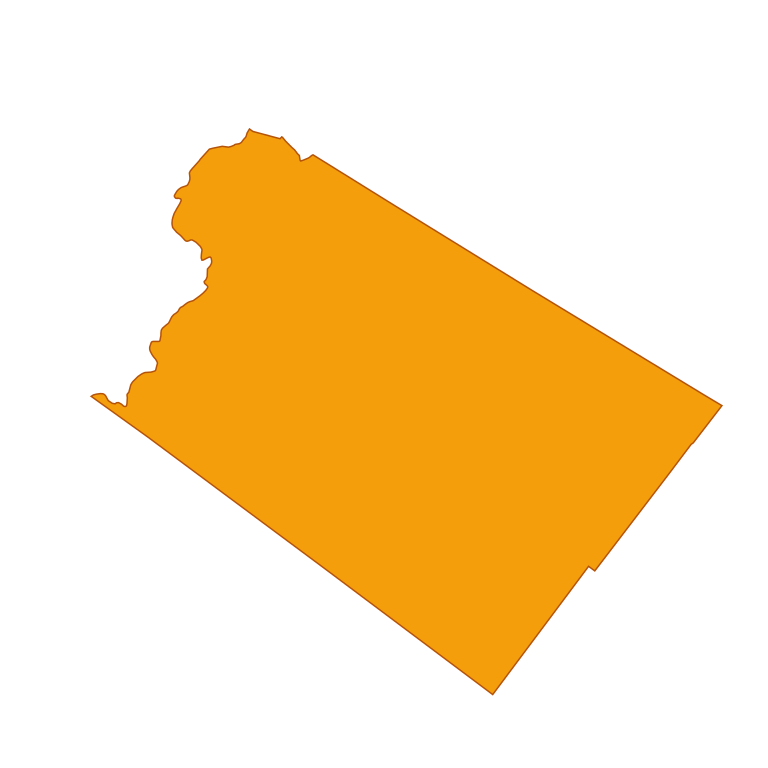 the district of Imperial, California, United States of America, rotated 217°
{"feature_id": "52423323B37240473864365", "entity_name": "Imperial", "entity_type": "district", "adm_level": 2, "iso_a3": "USA", "parent_name": "United States of America", "parent_adm1": "California", "projection": "equal_earth", "projection_center": [-114.69, 33.026], "detail": "fine", "context": "isolated", "style": "filled", "palette": "amber", "viewbox_px": 768, "rotation_deg": 217, "n_neighbors": 0, "source": "geoboundaries", "source_scale": "gbopen_adm2", "svg_char_len": 2583}
<svg xmlns="http://www.w3.org/2000/svg" viewBox="0 0 768 768"><g transform="rotate(217 384 384)"><path d="M610.4,197.9L540.5,199.5L322.1,200.9L110.3,201.4L110.9,361.5L103.2,361.6L102.4,485.3L102.4,520.7L101.6,523.0L101.1,570.1L121.6,567.9L321.9,547.9L481.8,533.0L578.6,524.3L579.3,522.9L579.9,520.2L580.4,518.9L583.4,513.8L584.7,512.0L585.1,512.0L585.8,512.3L589.2,515.6L590.8,515.7L592.7,516.1L593.2,516.3L596.5,517.2L599.5,517.4L608.5,518.7L613.5,519.9L614.4,519.8L614.4,519.4L614.7,517.3L640.7,506.8L644.9,506.7L644.4,502.1L643.2,498.9L643.0,497.7L643.3,495.1L643.3,491.1L643.6,490.1L644.2,488.8L646.6,486.3L647.2,485.5L647.4,484.5L648.9,481.9L650.7,479.6L655.3,477.0L655.4,476.9L656.2,476.5L662.5,469.4L664.8,466.5L666.0,452.9L665.9,450.9L666.8,440.5L666.9,437.7L666.6,436.0L666.4,435.4L663.2,432.0L662.2,430.6L661.3,428.4L660.7,425.3L660.7,424.5L661.5,422.8L663.0,420.7L664.2,418.8L664.7,417.3L665.2,415.6L665.4,413.6L665.2,410.8L664.8,408.3L664.1,407.5L662.3,407.0L660.8,407.7L660.5,408.4L658.0,409.4L657.5,409.4L656.5,408.6L656.1,407.4L655.6,404.8L655.0,399.6L654.2,393.9L653.1,390.6L652.0,387.9L650.2,385.0L649.0,383.6L648.4,383.1L647.2,382.0L646.0,381.5L640.9,380.4L635.8,380.2L629.5,379.0L628.3,379.0L627.2,379.5L626.1,380.8L625.0,382.8L624.2,383.4L623.2,383.7L619.4,384.1L613.3,383.3L610.9,382.2L610.0,381.5L608.0,377.9L606.1,375.0L605.4,374.3L603.9,373.3L602.9,374.3L600.8,378.7L599.9,380.2L599.2,380.8L598.3,380.8L597.4,380.2L595.4,378.3L594.4,376.5L593.9,374.0L594.2,369.6L589.8,363.3L589.1,360.9L589.0,359.5L589.3,357.8L589.1,357.3L587.9,356.5L587.2,356.3L585.0,356.2L583.7,355.9L583.1,355.4L582.7,354.1L582.7,351.2L583.2,347.6L584.1,343.7L586.5,335.8L588.8,332.7L589.8,330.8L590.7,328.0L591.5,324.8L592.5,322.8L592.7,321.3L592.2,318.2L592.6,315.9L593.7,312.8L593.8,311.0L593.9,309.8L592.9,304.6L592.7,302.8L593.6,299.4L594.4,295.6L594.4,293.8L594.1,292.7L592.9,290.6L591.3,288.4L589.0,283.7L589.0,283.2L589.4,282.5L594.1,279.0L594.9,277.7L594.8,276.8L593.3,272.4L592.1,270.8L590.7,269.7L587.3,268.0L584.4,267.0L581.5,266.4L579.2,265.5L577.9,264.7L577.4,264.2L574.7,257.7L574.7,256.9L575.1,256.1L577.3,253.2L581.7,249.4L582.6,248.1L583.6,246.1L585.0,241.9L586.0,234.9L586.0,233.0L585.7,230.9L582.8,223.8L583.0,222.0L582.9,221.1L582.5,220.4L580.7,218.5L577.5,213.7L576.7,212.1L576.6,211.3L576.7,210.9L577.2,210.2L578.5,209.6L581.6,209.9L584.8,209.4L586.2,208.2L586.5,207.7L586.6,206.8L586.9,206.3L589.5,205.0L594.3,204.8L599.6,207.2L601.6,207.3L602.7,207.0L604.8,205.6L607.6,202.8L609.5,200.4L610.4,197.9Z" fill="#f59e0b" stroke="#b45309" stroke-width="1.5"/></g></svg>